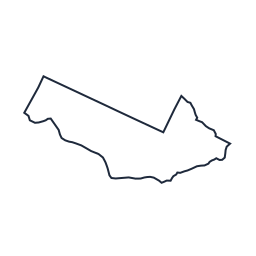 the district of Jataizinho, Paraná, Brazil, rotated 296°
{"feature_id": "56859067B55584506213849", "entity_name": "Jataizinho", "entity_type": "district", "adm_level": 2, "iso_a3": "BRA", "parent_name": "Brazil", "parent_adm1": "Paraná", "projection": "equal_earth", "projection_center": [-50.925, -23.248], "detail": "fine", "context": "isolated", "style": "outline", "palette": "slate", "viewbox_px": 256, "rotation_deg": 296, "n_neighbors": 0, "source": "geoboundaries", "source_scale": "gbopen_adm2", "svg_char_len": 1187}
<svg xmlns="http://www.w3.org/2000/svg" viewBox="0 0 256 256"><g transform="rotate(296 128 128)"><path d="M180.2,161.9L165.2,161.5L143.1,161.6L139.6,161.6L139.0,130.2L138.7,111.7L138.5,95.9L137.4,29.4L125.0,29.6L96.2,28.1L95.3,33.2L91.9,36.4L91.9,42.1L93.8,45.3L97.0,48.9L98.9,50.7L101.1,51.9L102.6,54.4L95.9,66.5L92.3,69.7L89.9,72.7L89.4,76.9L89.9,81.0L90.8,84.1L91.3,87.8L91.9,93.7L91.5,99.7L91.1,105.1L91.7,112.9L90.5,118.4L88.7,120.9L87.2,122.9L84.6,125.6L82.8,127.4L77.3,132.1L75.8,135.0L77.2,139.0L83.9,150.3L85.8,157.0L88.1,161.5L90.7,164.4L92.3,166.7L93.8,169.3L94.7,172.9L94.3,179.0L93.5,182.2L95.7,184.2L97.7,185.8L99.3,189.4L102.1,189.5L104.6,189.9L107.3,191.7L109.6,191.9L110.6,194.6L113.8,197.7L115.9,200.1L119.2,203.0L121.3,204.7L123.8,206.7L126.1,210.0L127.9,213.2L131.2,215.9L133.3,216.2L135.6,217.6L137.5,219.4L139.5,220.6L139.4,224.3L140.7,226.6L143.8,227.9L147.8,226.6L151.0,225.4L154.5,224.9L158.7,226.6L159.0,210.3L161.1,209.5L163.6,206.1L163.3,201.1L163.8,197.2L165.7,192.0L165.4,189.1L165.2,185.6L167.6,185.7L169.5,183.0L171.4,181.2L173.9,179.0L176.1,175.6L178.0,173.0L177.5,170.1L179.0,165.8L180.2,161.9Z" fill="none" stroke="#1e293b" stroke-width="2"/></g></svg>